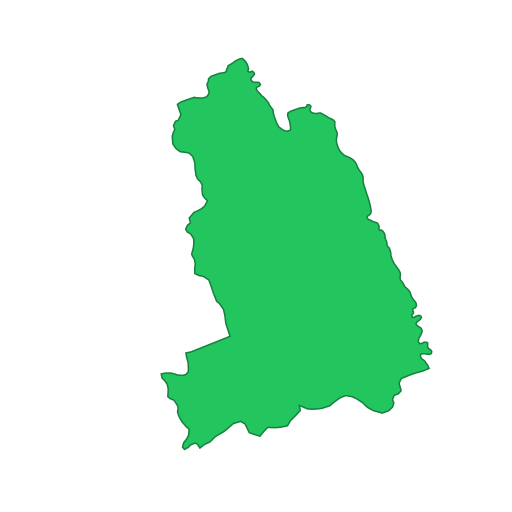 Stolin, Brest, Belarus, rotated 70°
{"feature_id": "67162791B20391469538668", "entity_name": "Stolin", "entity_type": "district", "adm_level": 2, "iso_a3": "BLR", "parent_name": "Belarus", "parent_adm1": "Brest", "projection": "mercator", "projection_center": [26.983, 51.876], "detail": "fine", "context": "isolated", "style": "filled", "palette": "green", "viewbox_px": 512, "rotation_deg": 70, "n_neighbors": 0, "source": "geoboundaries", "source_scale": "gbopen_adm2", "svg_char_len": 4864}
<svg xmlns="http://www.w3.org/2000/svg" viewBox="0 0 512 512"><g transform="rotate(70 256 256)"><path d="M420.5,275.5L419.7,273.8L416.4,267.3L411.3,266.3L417.4,259.8L419.9,253.6L421.7,246.4L422.0,238.0L419.9,232.1L418.1,225.8L417.8,219.5L421.1,213.8L424.4,210.5L430.1,206.1L436.3,203.1L441.4,198.6L446.8,191.1L446.8,184.2L444.7,179.4L441.4,176.8L437.5,176.8L434.2,173.8L434.2,169.3L432.2,165.7L429.2,165.4L424.4,165.1L420.8,161.2L420.5,152.8L420.5,147.2L421.1,138.2L420.8,131.8L418.3,132.0L416.8,132.1L415.2,132.7L412.9,133.2L411.6,133.8L408.8,135.6L407.3,135.7L405.5,135.6L404.7,134.9L404.9,132.8L405.7,130.6L406.9,128.7L407.9,126.3L407.6,124.5L405.8,123.5L403.5,124.1L402.6,125.2L400.7,125.8L399.4,125.7L397.7,124.8L396.5,124.4L395.5,125.1L394.5,127.4L394.6,128.7L394.9,130.0L394.3,132.1L392.3,132.8L390.7,132.2L388.6,130.7L387.1,128.7L385.8,127.4L384.1,125.9L382.8,125.4L380.8,125.5L379.5,126.0L377.9,127.4L376.1,128.6L374.2,128.8L373.3,127.9L372.4,125.0L371.7,123.1L370.4,121.6L368.9,121.6L367.7,122.7L367.3,124.5L367.3,126.7L367.7,128.0L367.5,129.6L365.8,130.1L364.7,129.9L363.9,128.0L362.6,127.1L361.6,127.3L359.7,127.1L359.1,125.7L359.1,123.9L357.6,122.2L354.9,121.7L352.8,122.2L351.3,122.9L349.6,123.3L346.9,123.8L345.3,123.7L342.4,123.7L340.2,124.3L337.9,125.4L335.9,126.6L332.4,127.0L329.8,127.7L328.0,128.5L325.8,128.1L323.9,127.1L321.7,126.3L319.8,126.3L317.5,126.7L314.9,127.5L312.5,128.1L310.2,128.8L306.1,129.2L303.8,129.2L301.4,129.0L298.9,128.2L296.0,128.0L294.2,128.0L293.1,128.5L291.2,129.3L289.3,128.8L287.1,128.3L285.1,128.5L283.1,128.4L280.4,127.7L278.7,127.6L275.5,128.5L274.3,129.6L274.3,130.9L272.6,131.3L270.8,130.3L269.0,130.2L266.8,130.5L265.2,132.2L264.0,133.8L262.5,135.3L261.4,136.2L260.3,137.8L258.4,138.5L257.2,138.5L256.5,137.0L256.2,135.3L255.5,133.9L253.5,132.5L248.1,131.4L242.5,130.9L237.7,130.7L234.3,130.7L230.5,130.4L227.0,130.4L223.6,130.1L221.6,129.5L219.0,128.5L216.3,128.2L213.8,128.6L210.8,129.6L207.0,130.2L204.7,130.2L201.4,130.7L198.6,132.0L196.4,133.6L194.1,135.9L191.6,138.6L188.4,140.3L185.2,141.4L182.7,141.7L181.8,141.7L180.2,141.7L177.5,141.6L175.4,141.1L173.2,140.2L171.8,139.4L170.1,138.3L167.7,137.6L163.6,137.8L161.2,137.6L159.3,137.0L156.8,136.0L155.2,136.4L153.1,138.1L150.9,140.5L149.6,141.3L147.9,142.7L145.9,144.4L143.8,146.3L143.2,147.9L142.8,150.4L141.7,152.8L140.3,154.6L138.3,155.5L136.5,155.2L135.7,154.2L134.3,153.3L133.4,153.3L131.8,154.6L131.5,156.3L133.0,157.4L133.2,159.1L132.4,161.7L131.9,164.4L131.8,168.9L131.8,172.1L131.9,174.6L132.6,177.2L134.9,178.3L137.3,178.4L140.0,178.4L142.4,178.6L145.1,179.2L146.5,179.4L147.9,179.9L149.3,180.5L149.5,182.5L149.0,185.1L147.1,187.3L145.1,188.7L142.4,190.5L137.5,191.1L134.1,191.1L129.6,191.1L127.7,190.8L124.5,190.1L122.8,190.5L120.9,191.2L119.0,191.7L116.4,191.9L114.4,192.5L111.5,193.6L109.6,194.4L107.7,195.7L104.6,196.8L101.1,198.4L99.2,198.5L98.2,198.4L97.6,196.9L97.5,194.9L96.4,193.1L94.9,193.5L93.8,193.9L93.0,196.0L92.2,198.0L91.6,199.3L89.5,200.4L87.8,200.1L86.9,199.6L86.4,197.9L84.6,195.2L82.9,195.2L81.0,196.3L81.2,199.0L79.4,200.6L77.7,199.0L74.8,198.7L72.6,198.7L69.9,199.2L68.4,199.8L65.7,201.2L65.2,203.7L65.4,206.7L65.7,208.8L66.6,211.6L67.2,214.5L67.7,217.2L69.5,218.4L70.4,219.7L72.5,220.8L72.8,222.6L72.6,224.6L71.8,227.8L71.8,230.5L71.8,233.9L71.8,237.0L73.3,240.0L75.8,241.2L77.7,243.3L80.5,243.8L84.0,243.9L85.9,243.9L88.1,245.7L89.5,248.0L89.4,252.0L86.9,258.1L85.8,259.6L85.6,266.7L85.6,270.3L85.6,274.0L86.6,278.0L93.2,278.2L97.4,278.2L98.7,279.5L101.9,282.7L101.9,285.6L105.3,289.0L109.2,289.0L111.6,291.4L114.7,293.7L122.1,295.8L127.6,294.5L132.1,291.6L134.7,286.4L136.3,283.7L140.8,281.4L147.6,281.6L153.4,283.5L159.7,284.8L163.6,284.5L167.6,282.7L171.2,282.4L174.9,284.0L180.4,285.3L183.8,284.5L187.5,282.7L191.5,287.2L193.0,291.4L193.6,295.8L193.8,299.3L197.5,305.8L202.5,306.3L203.6,309.8L206.7,312.9L209.9,312.4L213.0,309.8L218.3,308.7L222.7,310.0L226.9,312.1L232.2,315.8L234.3,315.8L238.0,315.0L242.7,315.8L246.7,317.9L251.6,319.5L254.8,316.3L257.2,312.4L262.4,308.5L269.5,308.5L275.3,308.7L285.0,308.5L288.2,306.6L295.0,304.8L301.3,305.6L308.9,307.4L322.6,307.9L323.9,350.0L323.1,355.0L327.3,355.8L333.1,356.3L338.9,358.1L341.5,359.2L343.4,362.3L343.1,365.7L341.3,369.9L339.2,372.6L336.8,376.2L334.9,381.5L334.4,385.4L338.6,386.0L341.3,384.7L346.0,383.3L350.7,383.9L354.4,385.4L358.1,387.0L360.7,385.4L363.6,382.3L369.4,381.0L372.0,381.0L375.7,383.1L379.4,383.3L381.7,383.1L386.2,382.3L392.0,380.2L395.9,378.1L401.4,380.7L404.3,383.9L406.7,387.8L410.4,390.4L413.3,389.4L412.7,385.2L411.2,382.3L410.9,377.6L412.5,375.5L417.3,374.4L415.5,369.1L415.0,363.0L411.8,356.0L409.9,345.7L405.7,334.5L406.2,327.0L409.9,323.8L413.6,323.3L419.7,322.8L423.4,318.2L426.7,314.0L423.4,308.4L421.1,303.7L423.9,296.7L425.3,291.5L426.3,284.5L422.5,279.9L420.5,275.5Z" fill="#22c55e" stroke="#15803d" stroke-width="1.5"/></g></svg>